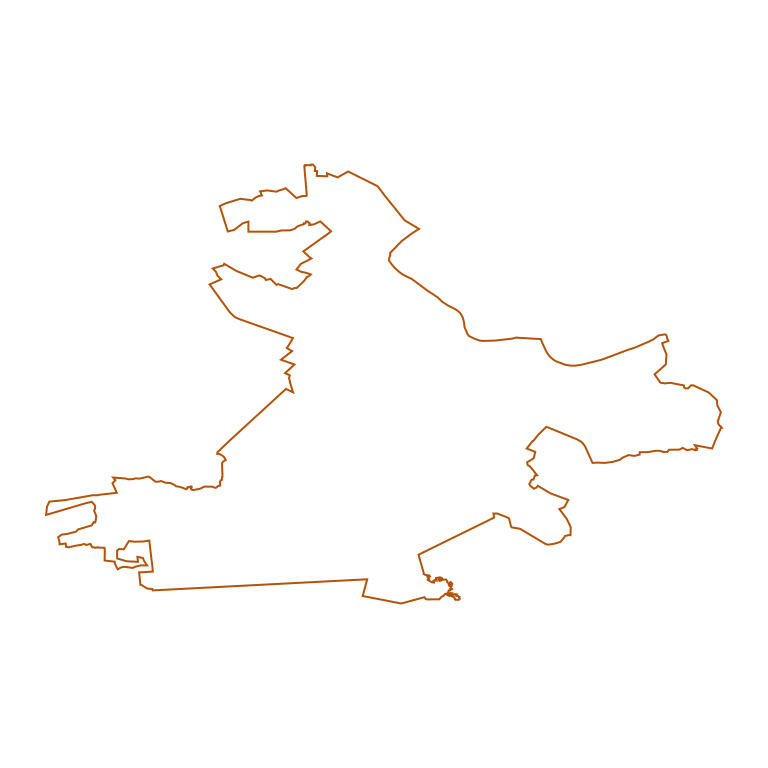 Ķekavas pag., Kekavas, Latvia
{"feature_id": "27541924B56156234267129", "entity_name": "Ķekavas pag.", "entity_type": "district", "adm_level": 2, "iso_a3": "LVA", "parent_name": "Latvia", "parent_adm1": "Kekavas", "projection": "equal_earth", "projection_center": [24.179, 56.814], "detail": "fine", "context": "isolated", "style": "outline", "palette": "amber", "viewbox_px": 768, "rotation_deg": 0, "n_neighbors": 0, "source": "geoboundaries", "source_scale": "gbopen_adm2", "svg_char_len": 6089}
<svg xmlns="http://www.w3.org/2000/svg" viewBox="0 0 768 768"><path d="M665.8,334.6L664.8,334.4L658.7,335.4L655.5,337.6L653.9,339.1L648.5,341.8L634.9,347.6L627.7,349.9L604.2,358.8L599.9,360.2L581.5,364.7L575.1,365.7L571.0,365.7L564.7,364.6L555.6,361.1L552.8,359.2L549.3,356.1L547.0,352.8L542.5,343.4L540.8,339.1L515.8,337.6L512.4,338.6L494.9,340.6L482.7,340.9L480.0,340.6L474.8,338.9L468.8,335.9L467.4,333.9L464.6,327.3L464.1,322.8L462.8,317.5L460.4,313.4L458.2,311.2L455.3,309.2L448.7,305.9L442.4,301.9L437.7,297.4L427.4,290.6L412.0,279.1L402.8,274.6L399.3,272.0L394.9,268.1L391.3,263.8L389.0,260.5L389.3,257.7L390.2,255.5L390.2,252.9L401.6,241.1L411.9,233.4L419.0,228.9L404.6,220.3L384.9,195.8L377.6,186.2L348.2,171.5L337.6,177.4L327.1,173.4L327.3,176.3L316.7,175.9L317.1,171.1L314.8,171.0L315.3,167.3L312.9,164.5L311.1,164.6L310.9,165.2L310.9,164.8L310.6,164.9L310.6,165.3L305.0,165.1L305.1,165.9L304.3,166.2L306.8,195.6L306.4,195.9L302.0,196.1L296.4,198.0L285.6,188.2L282.3,189.6L279.2,190.4L276.5,191.7L267.3,190.4L260.1,191.4L260.8,192.6L261.2,194.4L261.9,195.4L259.6,196.0L259.2,195.8L255.3,197.7L251.9,200.6L250.5,200.1L240.4,198.8L226.0,203.2L219.8,206.0L227.8,231.5L234.1,229.9L242.9,223.2L248.4,221.6L248.4,231.7L276.0,231.7L281.1,230.5L290.0,230.3L294.6,228.9L297.4,226.4L301.5,224.8L303.6,224.4L303.8,223.3L305.4,223.4L306.1,221.4L308.0,221.7L308.5,222.6L309.7,223.2L309.3,225.0L313.8,224.4L320.3,221.4L331.1,231.3L325.6,235.7L325.4,235.6L303.3,251.4L310.2,257.7L311.4,258.5L300.8,263.9L296.5,269.5L301.4,271.9L305.7,272.7L310.8,274.4L308.9,276.1L306.3,277.3L306.2,278.2L303.8,281.2L296.8,287.9L294.5,288.0L292.9,288.9L292.1,289.0L278.0,284.1L276.5,284.9L270.5,278.9L265.8,280.0L264.9,278.2L259.8,275.5L258.9,275.5L252.8,277.7L236.5,271.0L224.2,263.8L223.7,265.2L212.8,268.5L216.0,271.8L217.4,275.6L221.2,279.3L209.6,284.4L229.9,312.4L235.0,317.2L240.1,319.4L293.0,338.1L287.3,347.5L286.7,347.9L286.9,348.2L292.1,351.1L281.0,359.7L294.4,364.5L285.1,373.1L289.8,375.3L289.0,378.3L290.0,381.4L289.8,381.4L289.9,382.1L293.0,392.3L286.0,388.9L229.4,440.8L217.5,452.2L217.2,453.8L219.5,454.0L222.4,455.7L224.2,457.2L225.7,460.0L223.3,461.5L222.0,463.2L222.5,476.7L222.1,476.9L221.8,479.9L220.5,480.4L220.0,482.0L220.2,485.7L218.0,485.9L216.4,487.6L215.0,487.8L212.4,486.7L204.3,486.6L200.2,488.7L193.6,490.0L192.1,489.9L191.2,489.3L190.9,488.5L191.6,487.8L191.7,486.9L191.5,486.5L190.7,486.4L189.3,487.1L188.3,487.0L187.4,487.3L187.2,487.8L187.4,488.3L186.1,489.3L182.9,487.8L179.0,486.7L176.0,486.3L174.5,484.9L170.6,483.1L165.5,482.7L161.0,481.0L158.4,481.7L155.5,481.7L149.5,477.0L148.3,476.7L147.4,476.6L145.1,477.4L139.5,478.6L135.1,478.4L133.3,479.1L128.1,479.3L125.5,478.5L113.2,477.5L115.4,480.2L112.5,483.3L116.8,492.8L99.0,494.8L97.6,495.3L92.9,495.2L64.4,500.2L49.4,501.6L47.0,506.6L46.1,514.9L85.4,503.3L91.6,501.8L94.3,504.6L95.1,506.1L95.1,508.5L94.1,510.5L96.3,516.1L95.5,521.5L94.9,522.6L93.8,522.1L91.7,525.4L78.2,529.4L76.0,531.6L67.5,533.9L61.7,534.6L58.1,537.2L59.4,541.3L59.6,544.3L65.7,543.5L66.1,546.9L68.6,547.3L75.0,545.8L81.0,544.9L83.7,544.0L85.1,544.3L86.3,545.0L90.4,543.9L92.2,547.3L94.3,547.4L94.8,547.8L97.5,547.3L97.6,547.5L104.6,547.8L104.8,551.8L104.6,560.5L114.7,561.7L114.8,563.4L117.7,569.3L120.9,567.5L123.8,566.8L132.9,567.9L135.1,566.8L140.6,565.4L147.0,565.4L144.1,561.0L142.8,557.9L137.4,556.9L138.0,561.8L126.8,561.3L117.2,558.5L117.1,550.6L119.2,549.0L123.8,549.3L128.9,541.1L134.5,541.7L143.0,541.5L149.3,540.6L151.9,563.1L152.1,563.2L152.8,571.6L139.1,572.4L140.4,584.9L141.6,585.0L147.0,588.5L152.3,589.0L152.7,590.4L367.2,579.3L362.7,596.0L401.2,603.5L424.4,597.2L425.7,599.0L427.2,599.4L439.3,599.3L441.1,597.2L443.8,595.6L445.2,593.8L449.4,596.0L450.3,595.2L450.9,593.9L451.7,593.2L450.1,593.0L449.1,593.7L447.0,593.5L448.0,592.7L448.7,590.6L450.1,590.4L450.5,589.4L451.6,589.4L452.1,589.1L451.3,588.3L450.3,588.3L451.5,586.3L449.3,585.9L448.8,584.6L452.0,584.3L452.3,583.9L451.3,582.5L450.5,582.1L449.2,583.2L448.3,583.1L447.2,582.2L447.2,580.9L446.0,579.5L442.9,579.7L442.2,579.1L442.3,578.4L442.1,578.2L441.6,578.3L441.1,579.3L440.4,579.5L441.1,579.8L441.3,580.4L439.9,580.9L438.5,579.8L439.5,578.4L440.5,577.8L440.5,577.4L440.0,577.3L436.0,578.1L436.1,579.4L435.2,579.9L436.1,580.7L433.7,580.7L433.3,581.0L433.9,581.6L434.0,582.6L432.0,582.3L428.0,580.1L427.7,579.7L428.0,579.4L429.1,578.9L428.4,577.8L427.5,577.3L427.4,576.4L428.1,576.2L429.4,576.8L430.0,576.5L429.3,575.5L425.4,574.9L423.6,574.0L423.8,573.3L418.5,554.7L494.1,517.6L493.4,513.5L497.3,513.5L508.2,517.8L508.8,518.1L509.3,519.3L511.0,526.5L511.8,527.4L519.5,528.7L520.6,529.1L545.2,543.8L548.0,544.7L554.5,543.7L560.6,541.8L564.6,536.9L564.8,536.1L568.6,535.1L570.5,535.2L570.7,527.1L566.6,518.6L559.4,509.1L564.5,507.0L568.3,500.0L550.4,493.3L537.8,485.8L536.2,487.7L533.9,488.7L530.3,485.9L529.3,484.0L531.6,479.7L533.5,479.5L534.8,475.7L537.1,475.3L530.3,466.7L527.6,465.0L527.1,462.3L532.9,458.8L533.8,458.0L535.3,451.9L526.7,448.5L532.7,441.0L533.4,440.8L538.3,434.7L546.4,426.8L576.7,439.2L581.3,441.8L583.1,443.6L585.0,446.3L592.5,462.9L597.2,462.6L604.9,462.9L612.7,461.9L620.2,459.7L622.3,457.8L628.5,455.1L634.6,455.9L639.6,454.6L639.8,452.2L647.9,452.1L656.4,450.7L659.0,450.8L662.9,451.6L663.1,452.0L667.4,451.9L668.9,449.8L679.4,449.6L682.7,447.9L687.1,450.2L692.1,449.1L695.7,450.3L696.7,449.9L696.0,449.1L697.1,448.5L694.9,445.2L712.1,448.5L717.0,436.6L720.9,428.1L721.9,427.9L721.1,426.6L719.9,426.0L718.3,423.9L717.7,421.0L718.6,419.1L720.9,412.2L717.3,405.5L717.0,400.3L708.7,392.5L693.2,385.3L691.1,385.3L688.1,388.3L685.9,388.5L684.1,387.6L683.9,385.4L670.1,382.8L665.0,383.4L660.4,382.7L654.6,374.4L665.8,364.4L666.5,354.7L662.9,345.5L662.2,343.1L668.4,341.0L667.0,337.8L666.8,336.3L665.8,334.6ZM452.4,596.6L453.2,596.6L454.1,597.1L454.6,598.2L455.5,599.1L455.6,599.3L455.2,599.6L455.5,599.8L458.7,599.8L459.0,598.9L459.7,598.7L459.1,597.8L459.5,596.9L457.7,595.9L456.3,595.9L455.4,595.0L456.3,594.3L455.0,594.1L453.0,594.6L452.8,595.4L452.4,595.6L451.3,595.2L451.4,596.1L452.4,596.6Z" fill="none" stroke="#b45309" stroke-width="2"/></svg>